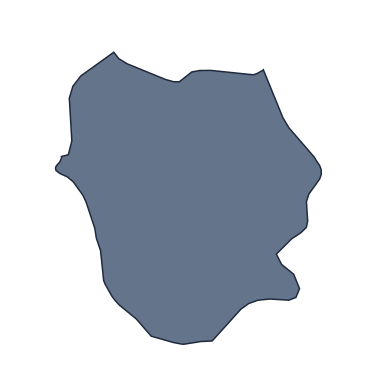 an SVG outline of Vayots Dzor, rotated 261°
{"feature_id": "ARM-1733", "entity_name": "Vayots Dzor", "entity_type": "Province", "adm_level": 1, "iso_a3": "ARM", "parent_name": "Armenia", "parent_adm1": "", "projection": "natural_earth1", "projection_center": [45.445, 39.743], "detail": "fine", "context": "isolated", "style": "filled", "palette": "slate", "viewbox_px": 384, "rotation_deg": 261, "n_neighbors": 0, "source": "natural_earth", "source_scale": "10m", "svg_char_len": 1051}
<svg xmlns="http://www.w3.org/2000/svg" viewBox="0 0 384 384"><g transform="rotate(261 192 192)"><path d="M247.5,68.6L248.2,75.7L261.2,81.3L303.9,85.5L315.1,90.9L324.0,100.3L342.3,136.6L335.1,140.6L328.9,147.8L307.3,183.4L303.8,191.1L302.8,196.6L310.6,210.6L310.8,218.5L309.2,229.4L298.2,270.8L298.6,273.5L299.1,275.6L301.1,280.8L301.4,281.5L301.5,281.6L251.2,293.4L240.2,297.8L207.3,318.2L202.9,320.0L198.3,322.2L193.7,323.1L189.1,322.4L184.7,320.0L184.6,319.9L171.7,307.1L164.5,303.5L145.1,301.7L139.1,299.4L135.0,293.6L130.1,283.0L120.0,269.1L117.4,265.6L106.4,269.2L94.8,279.6L79.7,283.1L71.6,278.1L70.0,270.7L74.1,252.2L74.8,240.2L73.0,230.7L68.8,222.2L41.7,188.6L42.9,177.4L42.9,160.4L43.2,158.5L46.2,150.2L55.9,129.2L75.3,117.1L91.6,102.6L96.7,99.2L101.8,96.5L114.7,91.7L118.4,90.9L148.5,92.5L161.2,90.3L171.4,90.3L199.3,85.7L206.2,83.6L220.6,76.3L226.4,71.3L230.6,64.9L232.0,63.3L234.6,61.0L236.4,60.9L237.9,61.3L239.2,62.3L240.2,63.4L242.3,66.1L245.9,68.4L247.4,68.6L247.5,68.6Z" fill="#64748b" stroke="#1e293b" stroke-width="1.5"/></g></svg>